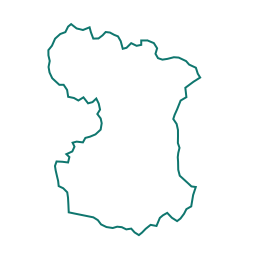 outline of Tio Hugo, Rio Grande do Sul, Brazil, rotated 176°
{"feature_id": "56859067B27913775705239", "entity_name": "Tio Hugo", "entity_type": "district", "adm_level": 2, "iso_a3": "BRA", "parent_name": "Brazil", "parent_adm1": "Rio Grande do Sul", "projection": "albers", "projection_center": [-52.596, -28.583], "detail": "fine", "context": "isolated", "style": "outline", "palette": "teal", "viewbox_px": 256, "rotation_deg": 176, "n_neighbors": 0, "source": "geoboundaries", "source_scale": "gbopen_adm2", "svg_char_len": 1658}
<svg xmlns="http://www.w3.org/2000/svg" viewBox="0 0 256 256"><g transform="rotate(176 128 128)"><path d="M106.4,28.3L102.5,36.1L99.2,38.5L94.8,40.6L90.5,35.4L85.5,31.7L82.0,34.0L78.1,38.5L75.4,43.0L70.4,45.4L67.7,56.6L64.5,64.4L68.8,65.3L73.0,69.8L79.7,76.8L80.8,82.8L80.4,90.9L80.4,95.4L79.6,99.6L78.0,104.6L79.3,109.5L78.7,116.3L78.3,122.5L79.2,128.6L82.2,133.8L80.6,137.8L77.7,143.2L73.6,151.7L67.6,154.7L68.0,164.1L59.4,169.6L52.5,173.3L54.6,177.3L56.1,183.4L62.6,187.0L65.4,190.7L69.1,192.8L72.5,194.7L77.3,195.4L83.9,194.2L88.9,193.8L93.2,195.6L95.4,200.1L93.4,205.5L96.3,210.9L102.5,214.0L108.7,214.4L109.0,210.0L113.7,209.4L118.9,212.4L123.9,208.1L127.7,207.4L129.2,215.1L131.6,220.1L135.3,221.9L139.4,224.5L143.6,225.3L146.9,222.2L151.2,219.4L156.4,219.6L158.3,226.0L159.3,231.1L166.1,228.9L172.3,230.9L177.5,235.6L180.7,233.3L183.8,228.0L189.0,226.5L194.5,222.2L198.1,215.4L202.0,211.2L202.3,206.0L201.4,200.3L203.0,194.4L202.4,188.8L200.1,182.9L193.5,175.9L189.2,175.6L186.1,170.2L185.5,163.3L179.8,161.7L175.6,158.9L170.3,161.7L166.1,155.4L161.6,156.3L157.6,159.6L155.5,154.4L154.6,148.3L157.6,144.1L154.6,139.4L153.9,134.6L155.4,128.3L160.9,123.9L166.5,122.0L171.2,121.1L174.0,116.8L180.2,118.0L184.3,117.2L182.7,113.1L185.2,108.5L191.3,106.2L188.5,103.1L190.2,97.8L195.9,98.9L201.6,99.6L203.5,95.2L203.1,90.7L202.2,84.9L201.4,80.1L201.2,74.9L196.8,72.4L193.1,68.1L192.7,62.7L192.8,56.2L193.0,48.0L186.6,46.2L174.6,42.9L168.8,41.3L164.5,38.2L161.6,33.7L156.4,30.7L150.2,29.3L145.7,30.3L141.1,29.5L136.8,27.0L131.8,27.4L128.7,23.4L124.6,20.4L121.3,22.7L117.4,26.2L112.2,29.8L106.4,28.3Z" fill="none" stroke="#0f766e" stroke-width="2"/></g></svg>